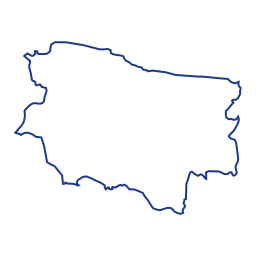 SVG path tracing the border of Jawa Barat, rotated 180°
{"feature_id": "IDN-1223", "entity_name": "Jawa Barat", "entity_type": "Province", "adm_level": 1, "iso_a3": "IDN", "parent_name": "Indonesia", "parent_adm1": "", "projection": "orthographic", "projection_center": [107.637, -6.866], "detail": "fine", "context": "isolated", "style": "outline", "palette": "blue", "viewbox_px": 256, "rotation_deg": 180, "n_neighbors": 0, "source": "natural_earth", "source_scale": "10m", "svg_char_len": 3409}
<svg xmlns="http://www.w3.org/2000/svg" viewBox="0 0 256 256"><g transform="rotate(180 128 128)"><path d="M70.0,57.1L70.4,57.0L71.5,56.5L71.8,54.7L72.3,53.6L72.4,52.5L71.5,51.2L70.9,50.2L71.4,48.9L73.3,46.2L72.9,43.1L75.0,42.2L78.2,42.9L81.3,44.3L82.3,45.3L83.2,46.5L84.5,47.5L86.2,48.1L87.8,48.1L89.4,47.9L96.2,45.8L99.7,46.5L102.8,47.7L105.0,50.7L108.0,55.6L111.0,59.3L113.2,63.0L116.8,64.7L121.5,66.5L126.7,66.8L129.7,70.2L131.8,71.3L133.7,70.3L135.1,71.1L136.6,70.8L137.8,70.0L139.8,69.1L140.3,68.6L141.2,68.4L142.1,68.6L143.0,69.0L143.6,68.9L143.9,68.1L143.7,67.0L145.0,66.6L147.0,67.2L147.1,68.4L148.4,68.5L149.7,67.1L150.3,66.7L151.3,68.8L151.3,70.7L155.9,73.6L159.8,75.2L165.0,77.8L167.2,78.6L169.0,79.4L170.7,79.4L172.2,79.3L173.3,79.0L174.8,78.0L177.0,76.7L177.4,76.5L178.1,75.8L178.8,74.8L179.1,73.6L179.0,72.4L178.4,71.6L177.3,70.8L178.4,70.4L180.0,71.4L182.9,72.2L188.4,72.4L190.4,73.5L191.0,72.5L192.9,72.1L193.3,74.5L193.9,80.6L201.4,89.8L203.1,90.7L204.3,91.1L208.9,93.8L212.0,110.3L214.7,118.6L219.9,119.1L223.7,121.7L227.6,123.2L231.4,123.1L235.3,121.0L236.0,121.9L237.4,122.3L238.9,122.6L240.2,122.9L240.6,123.4L240.4,123.5L234.2,130.7L232.2,134.2L231.8,135.7L231.1,140.1L231.2,142.8L231.5,144.4L231.1,145.6L230.4,146.7L229.3,147.6L228.2,149.0L227.0,150.1L224.7,151.8L223.8,152.3L222.7,152.7L220.4,152.8L217.0,152.3L215.4,152.4L213.8,152.9L212.7,153.7L212.0,154.8L211.7,156.2L211.6,158.2L209.4,165.2L210.0,168.0L212.3,168.6L214.4,169.2L215.1,170.6L215.6,171.2L216.5,171.5L218.6,170.8L219.7,170.8L220.2,171.1L220.5,172.3L220.9,174.3L221.5,174.6L222.4,174.9L223.5,175.3L223.9,176.0L224.2,176.7L224.5,178.1L225.0,181.9L226.7,188.4L226.8,189.8L226.7,190.9L226.2,192.4L226.0,193.3L226.0,194.6L226.3,195.3L226.7,195.7L231.8,200.0L230.9,200.8L228.5,202.5L226.2,201.2L225.6,201.0L225.0,200.5L224.2,200.1L223.4,200.1L222.3,200.7L221.4,201.6L220.6,202.3L221.2,204.1L221.0,204.9L220.6,205.0L218.7,204.6L218.2,202.5L217.6,202.1L216.4,201.9L210.5,202.0L208.7,202.4L205.8,204.9L205.5,208.9L204.7,211.5L201.0,213.8L189.7,213.7L172.8,210.9L156.4,206.7L152.0,206.6L148.4,207.1L145.3,205.7L145.2,203.1L143.3,201.9L140.8,201.3L135.0,200.5L132.5,199.6L131.8,197.6L130.2,195.3L127.1,193.9L124.0,191.4L120.8,190.6L118.4,189.4L114.2,188.5L113.2,186.6L111.6,186.2L109.8,185.6L109.3,185.8L108.7,185.5L107.9,184.7L103.5,185.4L97.8,184.7L93.2,184.1L90.1,183.7L87.3,182.9L84.2,182.1L80.8,181.1L59.7,179.5L52.5,179.3L36.2,177.7L28.5,177.1L24.8,174.0L22.9,173.1L20.6,172.7L18.2,173.9L17.4,174.2L17.5,172.6L17.5,170.3L15.4,168.1L16.0,164.3L15.8,162.4L16.3,160.9L17.4,158.9L18.9,157.0L20.4,156.2L22.0,156.3L23.5,156.0L24.0,155.1L22.6,153.2L24.2,151.7L27.7,147.3L30.1,145.0L30.2,141.6L29.7,138.6L27.4,136.8L24.8,137.1L22.1,136.1L19.6,136.8L17.9,139.3L17.5,138.2L17.2,137.2L17.2,135.9L17.7,133.9L18.6,131.5L22.0,125.4L26.9,120.6L27.1,119.2L25.4,117.7L24.2,117.1L21.4,116.2L20.6,114.9L19.8,112.8L17.8,97.3L18.2,94.4L19.5,91.8L20.4,89.6L20.2,87.2L19.7,85.0L19.2,83.4L20.1,81.6L21.3,80.8L22.0,80.4L22.9,80.5L23.5,81.2L23.9,82.4L24.5,83.6L25.4,83.9L26.5,83.4L27.7,82.5L29.1,81.9L31.7,82.0L33.5,82.8L35.3,83.9L38.0,84.6L47.7,84.8L50.1,83.3L49.8,81.9L49.8,77.1L51.1,77.9L51.3,78.5L51.8,79.3L52.4,79.9L53.4,80.6L54.4,81.5L55.3,81.6L56.2,81.3L58.0,80.2L60.7,81.6L64.2,84.3L65.8,83.6L66.8,81.1L68.5,75.0L69.2,73.6L69.5,72.4L69.7,71.1L69.7,68.0L69.9,63.1L70.1,57.3L70.0,57.1Z" fill="none" stroke="#1e3a8a" stroke-width="2"/></g></svg>